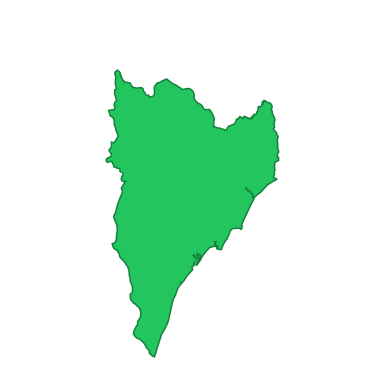 the district of Atacames, Esmeraldas, Ecuador, rotated 159°
{"feature_id": "8360857B71031597583616", "entity_name": "Atacames", "entity_type": "district", "adm_level": 2, "iso_a3": "ECU", "parent_name": "Ecuador", "parent_adm1": "Esmeraldas", "projection": "natural_earth1", "projection_center": [-79.87, 0.796], "detail": "fine", "context": "isolated", "style": "filled", "palette": "green", "viewbox_px": 384, "rotation_deg": 159, "n_neighbors": 0, "source": "geoboundaries", "source_scale": "gbopen_adm2", "svg_char_len": 6071}
<svg xmlns="http://www.w3.org/2000/svg" viewBox="0 0 384 384"><g transform="rotate(159 192 192)"><path d="M219.4,332.2L220.8,331.4L221.4,330.8L221.8,328.9L221.7,327.0L222.1,326.0L223.3,324.3L224.8,320.4L225.3,317.6L225.3,315.7L225.7,315.3L227.5,315.0L227.9,314.3L229.2,310.9L229.2,309.1L229.7,304.4L232.0,303.1L233.0,302.2L233.6,300.8L233.6,298.3L233.9,297.7L234.7,297.2L236.4,297.1L240.6,298.1L241.0,292.1L240.1,291.4L239.5,290.4L239.0,289.3L238.9,288.1L239.1,286.3L240.4,282.8L240.3,280.0L240.9,276.7L240.7,270.9L243.7,268.2L246.7,266.2L247.6,266.1L249.4,267.5L250.1,265.1L251.2,263.1L252.5,261.8L254.0,261.4L254.4,260.9L254.6,259.6L253.7,256.9L253.8,255.6L254.2,254.7L256.7,254.0L259.3,253.9L260.5,253.0L261.0,251.7L260.5,250.0L257.5,249.9L256.4,249.5L255.9,248.5L255.9,246.8L255.5,245.6L256.0,243.6L255.6,243.2L254.8,242.8L253.7,241.4L251.1,239.8L251.8,236.8L250.1,235.1L249.7,233.9L250.1,233.0L251.5,232.0L253.1,230.2L253.4,229.6L253.5,228.2L253.1,227.1L252.0,226.1L250.3,225.6L256.2,221.4L256.7,220.7L256.5,217.9L258.2,215.2L259.6,214.1L265.5,207.6L270.4,200.7L273.7,197.5L274.0,196.8L274.2,194.8L274.0,188.6L275.4,182.9L276.8,180.9L280.1,174.1L282.3,172.1L284.8,172.4L285.2,172.1L285.3,168.8L285.1,167.9L284.3,165.8L282.5,164.1L282.7,161.9L281.8,160.5L282.5,158.4L282.6,157.0L280.1,150.8L279.3,146.7L278.7,145.4L279.2,140.5L280.7,135.3L280.5,133.7L281.0,132.2L281.3,132.0L281.6,130.7L281.6,124.4L282.0,123.9L283.3,120.1L284.4,119.4L286.1,118.9L286.5,118.5L287.1,116.2L287.6,115.3L287.7,114.0L287.5,112.2L286.9,111.1L286.6,109.5L284.6,106.8L284.3,105.5L283.2,104.0L282.6,102.3L282.8,100.8L282.6,99.8L283.2,97.2L285.3,93.2L288.8,90.9L289.3,90.4L290.1,88.0L292.9,86.1L293.1,85.6L295.8,83.3L296.1,82.5L297.2,81.4L297.5,80.6L297.0,77.9L295.9,75.4L293.6,73.2L291.4,69.3L290.3,64.4L290.3,62.5L289.4,61.2L288.8,58.6L289.6,56.8L288.9,55.7L288.3,54.0L286.3,51.5L283.1,55.1L281.4,57.5L281.1,58.4L279.4,60.0L271.4,70.1L266.0,74.3L263.2,76.9L260.0,80.5L249.8,96.1L247.6,98.8L244.5,101.6L239.7,107.2L237.3,108.9L235.5,109.7L234.8,110.9L234.8,111.4L234.3,110.6L233.7,110.7L233.0,111.3L231.7,111.8L226.6,115.5L219.5,119.1L219.0,119.8L219.2,121.4L218.9,122.0L217.1,122.4L215.1,123.6L215.0,124.3L215.5,124.4L216.0,124.1L216.3,123.4L216.3,124.1L215.9,124.7L211.7,127.0L207.5,128.7L207.1,129.1L207.1,129.9L207.3,130.5L207.7,130.8L208.9,130.9L209.4,132.2L210.1,130.1L211.3,129.0L212.1,129.1L212.9,129.7L213.4,130.7L212.7,132.3L214.0,132.4L213.0,132.8L212.5,132.5L212.5,131.9L213.1,130.6L212.4,129.6L211.9,129.3L211.4,129.3L210.5,130.1L209.7,132.2L209.4,132.6L208.7,131.3L207.2,130.9L206.7,129.9L206.9,129.0L207.7,128.1L208.7,127.5L211.0,125.1L212.2,124.7L213.0,123.8L214.1,122.4L213.9,121.9L209.1,125.1L205.0,128.5L201.1,131.0L195.5,133.8L190.5,133.3L189.2,132.7L188.2,131.5L187.8,131.4L187.7,131.9L188.0,132.7L189.7,134.0L189.6,134.5L188.6,135.4L189.0,136.3L188.4,137.3L187.7,137.1L188.6,136.6L188.3,135.4L189.4,134.0L187.9,132.9L187.3,131.9L187.9,130.9L188.9,131.4L189.0,129.9L187.1,128.5L185.4,127.7L184.2,128.7L183.9,129.4L182.8,130.3L181.8,131.7L177.6,134.8L175.9,135.7L174.6,137.4L173.6,138.1L170.4,141.7L168.5,142.9L166.3,143.1L163.5,142.0L161.3,141.6L160.8,141.3L159.9,139.8L159.5,139.6L158.9,139.8L157.4,141.9L157.4,143.8L154.5,146.5L154.2,147.8L153.3,147.9L152.6,148.4L140.6,160.0L138.5,161.6L136.6,163.5L136.5,163.8L137.1,164.5L137.3,165.4L136.4,166.9L136.4,168.5L137.2,169.2L137.7,171.8L139.6,173.5L139.3,174.5L140.0,174.7L140.2,175.1L139.9,176.6L140.4,175.8L140.8,176.1L140.1,176.8L139.8,176.8L139.7,176.5L139.9,175.0L139.1,174.6L139.3,173.6L137.6,172.0L137.0,169.5L136.3,168.9L136.2,167.1L137.0,165.2L136.9,164.5L136.5,164.2L131.8,166.2L128.1,167.1L118.3,172.0L117.0,171.9L112.6,173.0L109.4,173.1L108.2,173.7L109.0,174.7L110.1,175.4L110.5,176.2L110.5,176.9L108.5,179.1L108.2,181.0L107.1,182.1L106.6,183.1L105.8,186.5L104.1,189.8L103.5,190.1L100.2,190.3L99.5,190.7L99.3,192.4L98.8,193.1L99.8,195.5L98.8,196.3L98.0,197.6L96.6,198.2L96.4,201.6L96.0,203.3L95.0,205.2L93.7,209.8L93.1,211.1L91.7,212.7L92.1,215.6L91.9,217.2L92.5,219.1L93.2,220.3L93.4,221.2L92.9,222.2L91.8,222.7L91.8,223.8L90.8,225.7L90.4,227.5L89.0,229.1L88.7,229.7L88.4,232.0L88.7,235.1L88.7,237.4L88.1,239.3L88.3,240.7L87.8,241.5L86.6,242.8L86.5,245.2L87.1,246.8L88.5,248.1L89.4,248.5L90.2,249.7L90.8,250.2L90.9,250.9L91.4,251.4L92.1,251.7L92.7,251.5L92.9,251.0L92.7,250.2L93.0,250.0L94.4,250.7L94.8,249.7L94.1,248.9L94.1,248.6L95.4,248.7L95.9,247.9L97.5,246.9L98.1,247.0L98.8,247.9L100.0,247.4L100.2,247.0L100.1,246.3L100.4,245.5L101.7,244.0L102.5,243.6L104.1,241.5L104.3,241.4L106.0,242.2L106.8,242.2L106.8,240.9L107.7,240.6L108.5,241.2L109.0,241.2L108.7,239.8L109.5,239.9L109.9,239.0L111.2,240.1L111.7,239.4L111.9,239.4L112.3,240.3L113.1,240.7L113.3,241.4L114.9,242.6L115.6,243.7L116.1,243.8L117.0,243.5L117.8,242.3L118.2,243.0L119.0,243.2L119.3,243.7L119.4,244.3L120.3,245.3L120.8,245.1L121.1,244.6L123.0,243.7L124.2,244.0L127.4,240.7L129.1,240.3L131.0,240.4L132.0,239.9L133.4,240.4L134.3,240.3L136.3,239.0L137.3,237.7L138.1,237.2L140.1,239.2L142.4,240.9L143.2,241.8L145.1,242.5L147.6,245.1L148.5,245.3L146.2,250.1L144.9,252.2L144.8,255.5L145.3,259.9L145.8,261.9L146.3,262.9L150.6,264.2L151.5,266.7L151.6,268.6L152.0,269.6L152.6,270.7L154.7,273.0L155.9,275.4L156.4,277.8L156.1,279.8L155.2,281.6L154.9,284.2L155.2,286.1L156.1,288.0L157.1,289.1L158.7,290.1L164.3,291.1L165.9,293.8L167.0,294.9L168.0,296.7L171.4,300.5L174.1,304.7L174.8,306.2L176.4,306.7L177.8,306.4L179.7,306.5L182.4,305.8L184.3,306.2L185.7,306.1L186.7,305.2L188.3,304.7L189.7,303.2L190.4,301.5L191.2,298.3L192.8,296.0L193.5,295.6L194.7,295.4L196.0,295.6L197.9,295.4L197.7,296.9L197.9,298.0L199.4,298.2L199.9,298.7L200.3,299.6L200.3,301.5L201.2,304.0L201.0,305.3L200.7,305.8L201.4,307.2L202.1,307.7L206.7,308.9L208.8,310.4L210.1,311.9L210.6,314.4L210.5,315.2L210.7,315.9L212.6,317.0L213.8,318.0L215.5,318.8L215.6,319.9L216.5,320.6L216.4,322.5L216.6,324.3L217.2,325.2L217.1,325.8L216.3,326.1L217.1,327.2L216.3,328.6L216.3,329.0L216.9,330.8L217.6,331.5L217.9,332.5L219.4,332.2Z" fill="#22c55e" stroke="#15803d" stroke-width="1.5"/></g></svg>